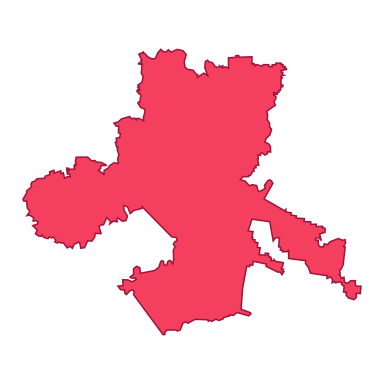 the district of San Juan Evangelista, Veracruz, Mexico
{"feature_id": "50627088B44496108616070", "entity_name": "San Juan Evangelista", "entity_type": "district", "adm_level": 2, "iso_a3": "MEX", "parent_name": "Mexico", "parent_adm1": "Veracruz", "projection": "mercator", "projection_center": [-95.168, 17.762], "detail": "fine", "context": "isolated", "style": "filled", "palette": "rose", "viewbox_px": 384, "rotation_deg": 0, "n_neighbors": 0, "source": "geoboundaries", "source_scale": "gbopen_adm2", "svg_char_len": 5941}
<svg xmlns="http://www.w3.org/2000/svg" viewBox="0 0 384 384"><path d="M133.5,294.6L163.1,334.7L164.9,334.5L164.5,332.9L167.2,330.0L175.7,330.0L177.4,331.0L180.3,330.0L182.8,323.1L185.6,321.9L188.0,323.2L195.1,319.3L207.5,319.8L208.3,321.2L209.1,320.3L211.7,321.4L215.8,319.3L219.1,320.5L223.1,318.9L223.8,317.5L229.4,316.0L229.4,314.9L233.5,315.4L237.0,312.5L248.6,315.8L250.9,314.0L250.5,312.7L241.1,309.3L242.6,288.0L246.7,266.3L249.6,266.7L249.9,264.8L252.7,265.2L253.3,261.3L266.6,264.1L266.0,266.3L277.9,272.2L279.9,271.9L282.0,274.7L283.8,271.7L282.6,271.5L283.5,269.2L281.4,269.1L281.3,268.1L282.5,266.8L283.3,262.6L275.4,261.4L274.1,259.6L274.0,260.5L270.9,260.6L271.4,258.4L270.6,256.9L268.8,256.8L268.7,255.4L267.5,255.2L268.6,253.5L265.3,253.1L265.0,255.3L259.2,254.6L260.2,247.8L257.3,247.4L257.8,242.6L254.6,242.2L255.0,239.8L252.4,239.5L252.7,237.2L251.9,237.1L253.1,231.6L248.1,231.0L251.9,219.2L269.8,221.7L273.2,241.0L275.5,237.8L279.4,237.8L278.6,246.9L280.7,247.2L280.3,250.1L282.6,250.4L282.4,251.8L287.8,251.6L288.6,249.8L288.6,258.5L305.8,260.7L305.4,263.3L308.5,267.6L310.4,273.2L327.1,275.7L327.0,278.5L330.7,276.9L332.5,279.7L332.1,282.9L334.6,281.4L335.3,282.8L339.6,281.9L341.8,282.8L341.4,284.2L344.2,286.6L343.5,292.0L346.4,292.5L346.1,295.1L348.6,298.1L354.1,299.6L356.5,297.2L356.1,293.3L360.3,293.6L361.0,286.3L356.3,286.2L355.1,284.0L355.4,280.7L350.6,280.7L347.7,283.3L346.7,283.1L344.4,282.1L344.0,277.2L341.1,278.4L340.2,274.9L339.0,274.4L340.3,272.8L339.4,270.3L341.0,269.4L343.1,265.1L345.1,247.7L345.0,246.6L343.6,246.5L345.7,242.6L345.0,239.6L342.8,240.3L338.3,238.5L329.9,241.8L327.6,244.6L324.3,243.8L323.2,247.0L320.2,246.9L318.6,245.2L318.2,240.1L315.5,240.3L315.4,239.5L316.4,237.9L318.7,237.5L321.3,240.6L319.6,234.0L325.0,232.4L325.1,228.4L322.7,227.6L322.6,226.3L316.2,226.5L316.2,224.2L310.7,224.4L310.8,221.8L304.1,221.5L304.3,218.6L296.1,218.1L296.4,215.9L290.8,215.0L291.2,212.8L285.6,211.9L285.9,209.4L284.4,210.6L264.1,199.0L272.9,183.3L271.3,180.8L269.5,179.8L267.7,180.9L264.4,185.4L265.4,188.3L259.7,191.5L258.2,191.1L256.6,185.5L252.5,184.7L249.3,185.7L245.3,181.2L240.3,179.6L243.1,176.7L248.6,176.7L248.9,175.4L250.3,175.5L253.0,171.3L254.2,171.0L253.6,168.2L256.1,167.7L255.6,165.7L258.8,165.0L257.6,159.1L258.3,158.9L258.0,154.9L260.6,155.4L260.3,153.9L261.9,152.7L264.9,155.1L267.4,153.8L267.4,151.8L270.6,152.1L270.5,146.6L268.8,144.0L264.9,142.1L266.1,138.6L270.0,134.8L271.6,129.3L269.8,127.3L269.4,122.7L267.2,119.8L267.7,114.6L266.6,111.4L275.5,105.1L274.0,101.9L275.9,98.4L275.8,96.2L273.7,95.2L273.6,92.6L274.6,92.6L274.7,94.1L277.3,94.3L277.2,92.4L278.9,92.3L278.8,90.5L280.4,90.4L281.0,86.9L282.7,86.8L282.8,85.1L281.0,85.1L281.0,79.6L282.2,77.7L281.1,77.7L281.1,75.9L283.8,75.2L282.2,74.7L282.9,72.2L281.1,72.2L281.1,70.4L286.5,69.5L286.5,68.6L284.7,68.6L285.2,66.7L282.9,66.7L283.1,64.6L281.2,64.8L281.2,63.2L275.9,63.1L275.8,64.8L272.2,64.7L272.2,66.6L268.7,66.5L268.7,64.7L263.3,64.6L262.2,66.0L256.3,64.6L255.0,65.8L254.4,64.2L253.3,64.4L253.6,63.5L251.9,63.6L252.0,56.8L238.7,57.2L238.7,55.5L235.8,55.6L235.8,57.3L228.4,57.8L228.5,68.5L225.6,66.7L222.4,67.9L222.8,65.8L220.5,66.7L219.5,65.8L219.5,66.8L217.8,67.4L215.1,66.5L212.4,62.6L209.0,61.8L207.6,60.2L205.3,61.5L204.8,67.6L207.7,75.8L203.9,73.1L197.4,77.4L197.7,74.5L196.1,74.2L193.3,70.3L187.2,69.2L185.0,67.1L184.2,61.9L186.2,54.6L183.0,50.7L177.2,49.4L171.0,52.2L168.3,49.7L166.1,52.2L162.8,51.3L160.9,49.3L158.0,52.5L155.2,58.7L151.7,58.8L147.6,56.7L144.7,53.3L143.4,53.3L143.3,52.1L138.9,54.2L141.8,60.4L140.7,60.9L142.1,63.9L139.0,62.8L138.4,63.8L142.0,64.7L141.3,73.6L143.1,76.1L142.1,82.1L137.8,85.2L139.3,86.9L137.8,87.3L139.3,89.2L136.7,90.3L138.9,90.5L137.0,91.4L139.0,93.8L139.9,93.4L140.7,95.7L139.8,102.3L138.3,102.0L137.9,103.3L140.8,107.6L144.7,109.1L145.0,111.5L143.3,117.8L143.7,120.7L139.0,118.5L136.9,118.4L136.4,119.9L134.7,118.1L131.9,118.8L129.5,116.5L121.3,119.0L118.2,122.0L114.0,123.1L116.1,126.1L118.7,126.2L118.4,132.9L120.5,133.7L119.7,137.4L116.2,138.2L116.7,142.0L115.3,142.2L116.6,147.0L117.9,146.9L117.2,149.4L118.9,155.1L117.7,158.6L118.2,163.4L114.0,162.8L109.9,165.4L108.2,168.1L104.1,170.4L103.9,174.4L98.5,170.2L100.6,168.7L101.0,165.7L106.2,165.4L105.7,164.7L101.5,162.5L96.0,161.9L95.0,160.5L91.7,160.9L87.7,157.1L76.1,157.2L75.4,161.9L76.3,164.6L74.6,164.6L75.0,166.2L74.0,166.2L74.6,169.2L69.9,169.2L68.5,171.2L68.8,168.3L66.6,168.1L67.4,174.1L69.7,174.1L70.3,176.9L67.9,176.5L64.5,178.1L63.3,172.8L61.1,173.6L60.8,170.8L54.2,173.1L53.9,170.3L49.6,171.8L49.9,174.6L45.4,176.1L44.4,178.3L37.0,178.7L35.5,180.7L31.9,182.2L31.0,184.2L31.5,186.9L26.6,190.9L26.7,192.9L23.0,199.2L23.6,201.0L26.7,201.1L27.2,208.0L29.8,211.4L27.0,215.6L28.7,215.1L31.8,216.3L33.6,218.0L33.1,221.1L35.9,220.6L38.1,221.9L37.3,224.1L32.7,225.6L37.1,230.0L35.5,233.8L38.4,235.9L41.3,236.3L42.4,234.9L43.6,237.3L46.5,238.3L48.1,238.6L49.5,236.8L51.5,237.9L53.4,237.1L55.8,240.1L54.8,241.9L57.1,243.0L59.8,242.0L61.2,243.1L63.4,242.8L67.2,247.9L70.1,246.4L72.4,248.3L74.1,244.4L78.5,242.2L79.7,243.0L80.8,248.2L84.6,247.7L87.6,240.9L92.1,241.0L94.9,236.6L95.0,233.4L101.1,233.6L99.0,226.4L101.6,224.7L103.5,224.8L106.7,217.6L110.5,221.4L109.8,223.9L113.2,221.1L117.3,221.8L116.8,219.2L117.7,217.9L122.3,221.2L126.0,220.6L127.5,216.0L124.3,210.7L123.5,206.6L124.3,205.6L127.7,207.1L130.2,213.6L133.8,210.5L142.0,208.4L142.2,206.8L171.7,236.9L176.5,237.5L177.1,240.9L174.9,241.6L173.3,244.2L175.0,246.6L173.3,250.3L173.6,260.1L172.7,263.9L170.9,260.9L169.4,260.5L167.8,261.6L166.6,265.0L165.1,265.4L163.8,264.4L163.6,261.5L162.2,260.7L160.7,261.5L158.9,267.2L154.6,270.5L140.4,273.3L139.8,267.7L136.6,266.3L133.5,268.8L133.6,274.3L130.0,277.1L131.5,278.1L135.1,278.0L136.4,279.3L132.1,281.8L127.7,279.8L122.6,279.8L123.2,285.5L117.9,286.1L120.5,289.6L124.8,290.3L124.9,293.4L126.5,294.6L129.9,290.7L132.8,290.0L134.2,291.7L133.5,294.6Z" fill="#f43f5e" stroke="#9f1239" stroke-width="1.5"/></svg>